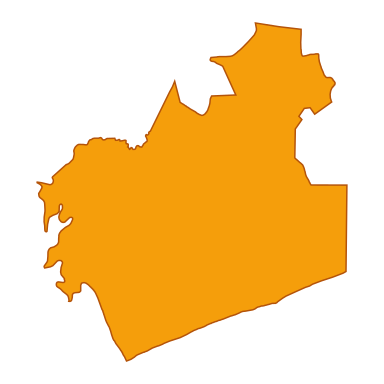 Chongoene, Gaza, Mozambique (Natural Earth projection)
{"feature_id": "85939544B23893317259127", "entity_name": "Chongoene", "entity_type": "district", "adm_level": 2, "iso_a3": "MOZ", "parent_name": "Mozambique", "parent_adm1": "Gaza", "projection": "natural_earth1", "projection_center": [33.799, -24.885], "detail": "fine", "context": "isolated", "style": "filled", "palette": "amber", "viewbox_px": 384, "rotation_deg": 0, "n_neighbors": 0, "source": "geoboundaries", "source_scale": "gbopen_adm2", "svg_char_len": 5840}
<svg xmlns="http://www.w3.org/2000/svg" viewBox="0 0 384 384"><path d="M37.2,182.1L37.1,182.7L40.0,184.3L41.2,185.4L42.0,186.6L41.8,188.1L40.0,191.4L38.7,193.4L38.8,194.9L39.2,196.6L40.1,197.7L42.8,199.8L43.9,201.1L44.5,202.4L44.7,204.0L45.0,209.3L45.0,211.3L44.2,217.1L44.1,221.7L44.7,225.7L44.8,229.0L45.0,230.9L45.2,231.2L45.7,231.6L46.2,231.8L46.6,231.7L47.0,231.3L47.6,224.3L48.9,218.4L49.8,217.1L52.9,215.3L57.1,213.7L58.4,212.4L59.1,211.3L59.3,205.9L59.8,204.8L60.4,204.2L61.2,204.1L62.0,204.7L62.4,205.5L62.5,207.8L62.3,209.1L60.4,212.1L59.4,214.5L58.9,216.5L58.9,217.7L59.4,219.6L61.1,221.7L62.3,222.3L63.6,222.4L64.8,222.1L69.7,217.5L71.3,217.3L72.2,217.7L72.6,218.1L72.7,219.1L72.3,220.3L71.0,223.1L70.2,224.2L69.1,225.3L65.4,227.4L61.2,230.9L59.7,233.0L59.1,234.3L58.8,235.8L58.9,236.5L58.7,238.0L58.6,242.2L57.6,244.3L56.4,245.4L54.0,246.9L50.7,247.8L49.3,249.0L48.5,250.3L48.0,252.0L47.9,256.4L47.5,261.1L46.8,262.4L44.3,265.9L44.1,266.7L44.4,267.5L44.7,268.0L50.5,266.8L52.8,265.7L57.4,260.9L59.0,260.4L61.1,260.6L62.2,261.7L62.5,262.8L62.4,263.4L61.1,267.5L60.6,272.0L61.2,274.7L64.4,278.6L64.3,279.5L64.8,280.8L64.6,281.8L63.8,282.4L62.8,282.5L58.6,281.9L57.8,282.0L57.0,282.4L56.5,283.2L56.3,284.3L56.4,285.3L56.8,286.3L57.6,287.0L60.3,288.8L61.8,290.2L62.0,290.6L62.6,291.0L62.8,291.4L66.9,294.6L67.3,295.2L67.7,295.4L68.5,297.3L68.5,297.8L68.8,298.8L69.0,300.8L68.8,301.3L70.0,301.4L70.5,301.2L71.1,300.9L71.5,300.4L71.9,299.1L72.3,297.2L72.4,294.7L73.1,293.5L74.0,293.0L75.1,292.7L78.7,292.4L79.6,292.1L80.7,290.9L80.7,285.4L81.3,283.7L81.6,283.2L83.2,282.7L84.6,282.7L86.1,283.2L88.5,284.9L90.4,286.9L90.9,287.2L91.3,287.8L92.2,288.5L92.4,288.9L92.9,289.2L93.2,289.8L93.7,290.1L93.9,290.6L94.8,291.7L95.7,293.3L97.9,298.1L101.9,309.2L102.9,311.0L102.9,311.5L103.5,313.1L103.8,314.3L104.1,315.0L105.7,320.0L106.5,322.0L108.6,326.1L109.0,326.6L109.4,327.6L110.6,331.0L111.6,334.6L113.0,338.7L113.9,340.4L114.4,340.7L115.9,343.6L119.6,348.5L120.9,350.6L121.3,350.9L121.5,351.5L121.9,351.9L122.1,352.6L122.5,352.9L122.6,353.5L123.6,355.5L124.4,356.5L126.5,361.0L127.7,360.6L131.0,359.3L134.4,357.1L136.4,355.4L137.7,354.7L143.4,352.3L144.5,352.1L145.1,351.7L147.0,351.1L152.4,348.0L158.0,345.9L158.5,345.9L162.8,344.1L163.7,343.5L169.8,341.0L180.2,337.6L186.7,334.5L191.2,331.9L192.9,331.1L193.3,330.7L196.7,329.4L197.9,328.7L200.0,328.2L204.0,326.7L206.3,325.5L206.8,325.1L210.4,323.5L210.9,323.5L212.1,322.8L213.5,322.4L215.3,321.6L215.8,321.6L217.0,321.2L218.4,320.5L220.0,320.2L222.2,319.3L222.6,319.3L231.0,315.9L231.5,315.9L234.4,314.9L234.8,314.9L239.2,313.0L240.8,312.1L242.8,311.4L245.6,311.1L252.8,309.8L255.0,308.9L257.1,307.4L258.4,306.9L259.5,306.7L261.8,305.9L262.4,306.0L264.1,305.7L265.0,305.3L265.5,305.3L267.3,304.8L268.1,304.5L268.6,304.5L272.1,303.4L275.6,303.3L276.9,302.6L277.6,301.8L282.6,298.2L286.0,296.1L294.8,292.1L305.5,287.3L309.6,286.0L312.5,284.2L321.8,280.7L332.8,277.1L343.0,273.2L346.0,271.5L346.9,185.1L311.1,185.0L310.1,183.6L309.7,182.5L309.3,182.1L308.8,180.6L306.4,176.6L305.6,174.4L305.0,171.5L304.5,170.2L304.5,169.7L304.0,168.0L303.2,166.0L302.9,165.6L302.7,165.0L300.8,163.2L299.6,162.3L297.8,160.6L297.4,160.4L296.8,159.6L295.6,158.8L294.8,157.8L295.3,129.0L301.9,119.6L298.9,116.3L304.3,108.4L310.1,107.7L314.7,114.2L331.7,102.0L331.0,100.4L330.8,99.3L330.4,98.4L330.3,97.2L330.1,94.4L330.6,91.3L331.1,89.7L331.9,88.1L332.5,87.1L333.0,86.9L333.2,86.4L333.9,85.8L334.4,84.8L334.8,84.7L335.1,83.0L334.3,81.4L333.4,80.6L333.2,80.0L332.8,79.7L332.6,79.1L332.2,78.8L332.0,78.4L330.7,77.6L329.8,77.5L327.1,77.6L326.6,77.5L325.6,76.9L324.6,75.4L324.2,75.1L323.0,71.8L321.2,67.8L321.2,67.3L320.3,64.9L320.2,64.4L319.4,61.9L318.8,58.2L318.7,54.9L318.5,54.3L318.1,53.9L315.8,53.9L314.0,54.3L310.2,54.4L308.0,55.2L307.5,55.2L306.6,55.6L303.7,56.1L302.8,56.1L302.4,55.9L302.0,55.4L301.3,53.0L301.1,49.5L300.9,49.0L300.7,42.3L301.1,34.4L301.1,29.3L278.9,26.7L255.4,23.0L256.4,28.5L256.4,30.4L256.0,31.5L254.3,35.0L248.2,41.8L242.3,47.8L239.5,50.4L238.1,51.4L236.9,52.6L234.9,54.2L233.5,55.2L232.1,55.9L230.4,56.3L226.1,56.6L219.6,56.6L217.5,56.8L216.9,57.0L211.0,57.5L210.7,58.1L210.2,59.5L210.2,60.1L211.0,61.0L212.3,61.4L213.3,61.4L215.1,62.1L216.6,63.3L219.7,64.6L221.9,65.7L222.8,66.4L235.8,95.0L211.6,96.0L210.3,98.9L209.9,103.2L209.2,106.0L208.3,108.4L207.9,109.8L206.6,112.1L206.2,112.3L206.0,112.9L205.5,113.2L205.3,113.7L203.5,115.0L202.6,115.3L201.6,115.4L198.7,114.2L198.4,113.9L197.8,113.7L196.7,113.0L196.5,112.6L195.9,112.4L195.5,111.9L190.3,109.0L188.2,107.5L186.4,106.5L186.1,106.0L185.4,105.8L183.4,104.3L182.5,103.9L180.1,102.3L174.7,81.3L172.5,86.7L169.6,92.0L150.4,131.1L150.1,131.4L149.4,131.6L148.9,132.3L148.7,132.7L148.9,133.6L148.1,134.7L147.2,135.1L146.3,134.6L146.0,134.8L145.7,135.5L145.6,136.1L146.4,137.6L147.2,140.0L147.0,141.2L146.7,141.7L145.6,142.2L144.9,143.0L143.6,144.0L143.3,144.4L143.0,145.4L142.2,146.3L142.0,146.9L141.4,147.1L139.5,146.7L138.7,145.8L137.8,145.6L136.8,145.9L136.1,146.8L135.5,148.7L135.1,149.1L134.3,149.4L133.0,149.4L131.9,147.7L131.1,147.6L130.2,148.9L129.5,149.3L128.3,147.2L127.7,146.9L128.2,146.2L128.2,144.3L127.7,143.9L126.3,143.7L126.0,142.8L126.0,140.5L125.3,140.2L124.7,140.2L122.1,140.8L120.0,141.0L119.6,139.6L119.0,139.5L117.5,140.2L115.9,140.3L115.5,140.2L114.8,138.3L107.1,138.5L106.4,138.8L104.9,139.8L103.2,139.9L102.4,139.4L101.5,138.0L100.5,137.6L98.5,138.2L94.4,138.2L92.7,138.6L91.3,139.6L90.1,139.8L89.6,140.2L88.6,141.5L88.2,142.8L87.4,144.4L86.9,144.7L86.1,144.9L83.3,144.5L78.8,144.4L77.4,145.0L75.5,146.8L74.7,148.1L73.9,150.2L73.8,151.1L74.2,153.4L74.1,154.7L73.4,158.1L72.9,159.4L69.1,163.3L67.5,164.2L66.6,164.6L66.3,164.5L52.6,176.8L52.3,177.4L52.3,177.8L53.2,179.6L53.4,181.0L52.9,182.9L52.0,183.9L51.0,184.5L49.8,184.7L41.4,182.7L37.2,182.1Z" fill="#f59e0b" stroke="#b45309" stroke-width="1.5"/></svg>